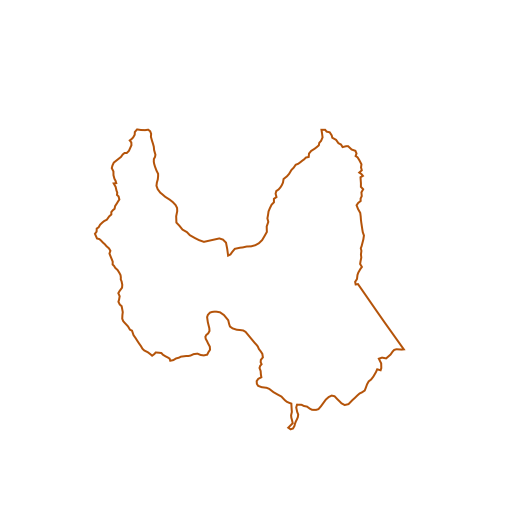 the district of Corumbá de Goiás, Goiás, Brazil, rotated 221°
{"feature_id": "56859067B32430674768714", "entity_name": "Corumbá de Goiás", "entity_type": "district", "adm_level": 2, "iso_a3": "BRA", "parent_name": "Brazil", "parent_adm1": "Goiás", "projection": "mercator", "projection_center": [-48.655, -15.953], "detail": "fine", "context": "isolated", "style": "outline", "palette": "amber", "viewbox_px": 512, "rotation_deg": 221, "n_neighbors": 0, "source": "geoboundaries", "source_scale": "gbopen_adm2", "svg_char_len": 4887}
<svg xmlns="http://www.w3.org/2000/svg" viewBox="0 0 512 512"><g transform="rotate(221 256 256)"><path d="M289.4,394.2L286.3,391.6L283.6,389.2L282.4,385.5L282.5,383.0L281.2,380.7L281.6,378.0L282.1,375.5L283.3,371.5L283.2,368.1L281.2,365.3L282.9,363.1L283.1,360.4L283.6,358.4L284.0,356.1L284.6,353.4L285.9,350.9L285.5,347.4L285.7,344.2L284.9,339.7L284.9,336.5L285.7,332.2L283.8,329.1L283.0,326.4L282.6,323.8L282.6,321.1L283.3,318.3L282.1,315.9L279.2,313.9L280.0,310.9L277.7,308.3L277.9,305.0L276.9,301.2L275.8,297.9L273.8,294.8L272.1,291.9L269.1,289.8L267.3,285.3L263.6,281.3L262.6,276.4L261.8,272.0L262.2,267.5L263.6,263.7L266.0,260.1L269.3,257.0L271.6,253.8L273.4,251.9L276.7,247.5L276.6,243.3L276.3,240.4L277.3,238.0L282.3,242.4L287.4,246.4L291.7,246.7L295.2,245.2L304.6,232.5L309.4,230.6L313.7,229.5L319.6,228.3L323.8,228.7L328.8,227.7L333.8,228.6L338.0,229.0L342.3,233.6L344.9,238.2L347.1,240.5L350.1,241.7L354.1,242.1L358.1,241.9L363.4,241.1L367.3,241.1L369.8,241.0L374.0,241.9L377.2,243.7L379.0,246.4L380.4,249.4L382.3,252.1L383.8,253.8L387.2,255.2L390.9,257.2L393.4,258.8L395.0,260.1L396.7,262.2L397.2,264.5L398.3,266.4L402.4,269.1L404.8,271.4L407.5,273.2L410.0,274.7L413.5,277.0L415.3,279.4L417.7,280.7L420.2,280.6L422.3,278.2L425.5,275.6L428.8,273.5L428.8,270.1L427.1,267.9L426.5,264.9L426.6,262.7L427.1,260.4L424.6,259.9L422.7,257.9L420.9,252.0L421.1,249.0L422.8,247.5L423.2,245.1L422.9,242.2L423.4,239.6L424.6,233.2L423.7,230.1L422.5,227.7L419.1,226.3L416.6,223.5L413.5,221.4L411.3,220.6L409.3,219.3L411.0,217.4L407.3,216.1L404.3,213.9L402.3,212.8L401.0,210.9L398.8,210.8L396.2,209.0L395.9,206.6L395.5,204.4L395.1,201.3L393.7,198.8L394.1,196.5L394.0,194.2L392.4,192.4L392.8,189.6L392.4,185.5L393.5,182.8L393.9,180.6L394.2,177.4L393.6,174.4L394.2,172.2L392.3,169.8L392.1,167.1L387.5,164.9L385.3,166.0L383.2,166.0L380.3,165.7L377.9,165.7L375.3,165.3L372.0,165.3L369.3,164.4L368.2,161.7L365.7,160.4L362.3,158.7L360.4,157.7L358.6,155.5L356.6,155.4L354.5,154.7L351.2,154.6L348.0,153.6L345.7,152.7L344.0,151.2L342.7,149.6L340.7,148.6L338.0,146.5L336.3,144.2L336.0,140.2L335.5,137.6L332.5,136.2L330.7,133.2L329.8,131.2L327.0,130.0L324.5,130.0L322.2,128.2L319.7,126.2L318.1,123.8L315.8,120.9L313.4,119.7L311.2,119.4L309.1,119.2L306.4,118.9L302.8,117.7L300.6,118.3L296.5,115.9L293.2,115.1L290.2,114.2L287.0,113.3L283.7,112.5L280.8,111.5L278.4,111.4L274.4,112.4L271.4,112.6L269.0,112.6L268.4,115.3L268.4,117.4L265.7,119.4L263.7,120.7L261.6,120.4L258.5,120.9L256.2,121.5L253.9,121.9L252.0,120.7L250.1,123.2L249.1,126.3L247.5,128.6L246.6,130.8L243.2,134.6L241.4,136.2L240.1,137.9L238.7,141.0L236.1,143.9L232.8,145.0L230.2,146.7L228.1,149.5L228.8,152.2L229.2,155.1L231.4,157.3L234.9,158.6L237.1,159.6L239.6,160.5L241.2,161.8L241.7,163.8L241.3,166.2L241.9,168.9L243.9,170.9L247.2,173.2L249.0,174.5L251.2,176.4L252.8,177.8L253.7,180.0L253.6,183.1L252.5,184.9L250.9,186.7L249.2,188.1L246.2,189.9L241.4,190.4L234.8,189.3L231.9,187.2L229.4,185.7L226.2,186.0L222.2,187.7L219.4,189.7L216.8,191.4L214.1,191.9L210.4,191.3L203.2,190.1L200.1,189.6L197.3,189.3L195.3,188.9L192.8,187.7L189.8,187.1L187.0,186.3L184.3,184.0L184.2,180.8L182.8,178.9L180.8,178.0L180.8,175.9L179.9,173.8L177.0,172.2L174.7,169.9L172.4,168.0L173.7,164.8L173.4,162.0L171.5,160.1L169.2,159.4L165.7,160.7L161.5,163.5L158.8,164.4L153.5,164.7L149.0,165.6L144.6,166.6L141.8,166.3L139.4,166.1L137.1,166.2L134.8,166.9L132.5,167.8L129.6,164.8L126.6,161.8L125.0,158.8L123.2,157.1L121.5,156.0L118.6,153.9L119.0,147.6L116.2,147.9L114.9,150.1L115.5,153.0L116.5,154.9L117.4,157.3L118.0,159.7L118.7,161.8L120.1,164.0L122.7,165.4L126.3,168.1L127.5,170.7L124.0,173.6L121.5,174.2L118.7,175.8L115.2,176.1L112.8,176.7L111.2,178.0L109.7,179.3L108.4,181.4L108.4,185.2L109.1,193.4L108.6,197.3L107.3,200.3L104.7,201.7L100.8,201.3L97.1,201.1L94.9,200.9L91.3,201.7L89.0,204.9L88.8,208.4L88.7,210.5L88.3,213.6L88.0,217.4L87.6,220.3L86.6,222.5L85.7,225.8L86.6,228.4L88.0,232.0L88.7,235.3L88.1,238.3L88.3,241.9L89.3,247.1L90.2,250.0L87.0,251.5L87.9,253.6L91.1,257.1L93.6,258.1L95.9,259.1L94.2,262.0L90.6,264.1L89.8,269.9L90.2,273.6L90.1,275.8L88.8,277.8L84.7,280.9L83.2,282.5L115.6,290.3L128.8,293.6L160.6,301.7L162.1,299.9L164.2,301.5L164.7,304.9L167.0,308.3L167.9,310.6L168.7,314.6L168.9,317.2L172.2,318.3L173.6,320.5L175.5,323.9L177.8,326.0L179.8,329.0L182.0,330.6L182.7,332.6L185.9,339.0L188.0,342.3L191.0,344.0L193.2,345.8L198.7,350.5L200.6,352.2L202.9,354.5L205.6,356.9L209.8,358.4L213.4,360.3L213.7,363.1L213.1,366.2L214.7,367.9L215.5,370.6L218.2,373.2L218.9,376.7L222.2,377.0L224.5,379.7L228.8,384.0L227.9,386.6L230.2,387.0L232.8,386.7L232.4,390.1L234.8,391.7L236.6,394.4L240.6,396.0L244.1,397.1L246.4,396.8L247.4,399.3L250.0,400.6L253.7,399.1L258.5,399.3L260.0,398.0L262.1,395.0L265.0,395.9L267.8,395.2L271.8,396.2L276.0,395.3L278.0,396.7L281.5,397.7L284.3,396.2L286.6,396.6L289.4,394.2Z" fill="none" stroke="#b45309" stroke-width="2"/></g></svg>